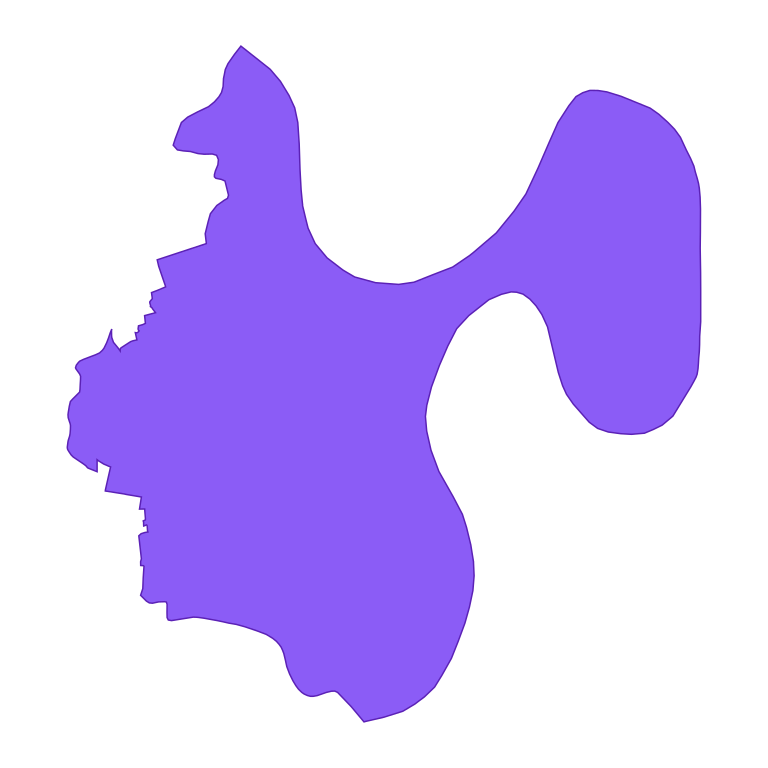 the district of Binh Thanh, Hồ Chí Minh city, Vietnam
{"feature_id": "81297802B74412015974526", "entity_name": "Binh Thanh", "entity_type": "district", "adm_level": 2, "iso_a3": "VNM", "parent_name": "Vietnam", "parent_adm1": "Hồ Chí Minh city", "projection": "equal_earth", "projection_center": [106.708, 10.812], "detail": "fine", "context": "isolated", "style": "filled", "palette": "violet", "viewbox_px": 768, "rotation_deg": 0, "n_neighbors": 0, "source": "geoboundaries", "source_scale": "gbopen_adm2", "svg_char_len": 4409}
<svg xmlns="http://www.w3.org/2000/svg" viewBox="0 0 768 768"><path d="M696.9,374.8L697.0,374.6L697.1,374.3L697.5,371.9L698.0,368.8L698.4,363.6L698.7,358.1L699.3,351.6L699.6,344.7L699.7,336.2L700.7,321.7L700.7,291.2L700.6,272.6L700.2,248.3L700.4,231.9L700.5,209.0L700.1,197.1L699.3,188.1L698.5,183.3L697.2,178.3L695.3,171.9L693.9,166.1L690.5,158.3L686.3,150.0L680.4,137.3L674.6,129.3L668.0,122.5L659.1,114.5L658.6,114.1L650.1,108.1L621.1,96.3L606.9,91.9L598.0,90.5L591.7,90.4L590.0,90.4L588.9,90.7L582.8,92.7L576.0,96.6L569.0,105.5L558.0,122.5L549.1,142.5L538.1,167.9L525.9,194.0L514.0,211.2L496.2,233.0L473.4,252.5L469.5,255.6L452.6,267.1L433.7,274.4L414.0,282.2L398.7,284.4L375.6,282.7L354.7,277.0L354.2,276.7L346.2,272.0L343.2,270.2L340.9,268.5L327.1,257.9L315.2,243.6L311.6,235.8L308.1,228.2L306.7,222.7L305.4,217.4L302.6,205.7L302.6,204.8L302.1,200.1L301.1,189.7L300.0,169.4L299.2,143.9L297.8,122.5L295.6,112.1L294.7,107.8L289.0,95.4L280.4,81.3L270.2,69.3L260.0,61.2L240.9,46.1L234.5,54.3L228.0,63.6L225.3,69.5L224.3,74.7L223.5,78.5L223.1,86.6L221.5,92.5L218.9,96.8L214.4,101.9L208.5,106.7L197.8,111.8L187.7,117.1L181.4,122.5L175.3,138.6L173.2,145.2L177.4,149.9L183.4,150.9L190.4,151.5L198.1,153.6L204.2,154.2L212.3,154.0L216.6,155.3L218.4,159.6L217.9,164.8L215.4,170.9L214.4,174.7L214.4,176.8L215.9,178.3L221.3,179.4L225.0,181.0L228.5,195.2L227.5,198.4L224.3,200.2L216.8,205.5L210.4,213.7L208.2,221.5L205.2,233.7L206.3,243.1L206.3,243.6L157.2,259.8L158.7,266.3L163.2,279.5L165.2,285.3L165.6,286.9L157.3,290.4L151.5,292.6L152.1,297.0L152.3,298.7L150.7,300.6L149.8,301.8L149.8,302.8L150.6,305.7L150.5,306.1L150.4,306.6L151.8,307.6L152.9,309.3L155.5,312.7L144.6,315.6L145.4,323.4L142.7,324.6L140.0,325.4L138.5,325.8L138.1,328.6L138.2,329.6L138.6,330.4L139.1,330.9L138.1,332.1L137.3,332.6L136.5,332.8L135.3,332.6L136.9,339.9L132.9,340.8L130.7,341.6L128.8,342.8L121.1,347.8L120.5,348.4L120.3,349.0L120.2,351.0L118.1,348.0L115.0,344.2L113.5,342.4L111.8,337.6L111.6,335.9L111.5,330.8L111.8,329.0L110.2,332.9L108.5,338.0L106.6,342.9L104.0,348.2L102.4,350.3L99.6,352.9L95.5,354.8L90.7,356.6L83.4,359.4L79.6,361.2L78.2,362.7L76.3,365.2L75.5,367.8L75.9,368.8L78.2,372.0L79.7,374.1L80.6,376.3L80.5,379.9L80.2,385.0L80.0,389.5L79.6,392.1L72.7,399.0L70.4,401.5L69.3,406.2L68.3,412.3L68.0,414.7L68.1,416.2L68.2,417.7L69.4,421.5L70.2,423.8L70.5,425.7L70.4,429.3L70.1,433.4L69.8,435.2L69.4,436.8L68.3,440.2L68.0,441.6L67.3,446.9L67.3,448.0L67.7,449.6L69.1,451.9L71.2,455.0L73.2,457.0L83.4,463.9L85.8,465.7L87.5,467.7L88.3,468.2L97.1,471.7L97.1,463.9L97.1,459.7L98.6,460.9L103.8,464.1L106.7,465.3L108.2,466.0L110.6,466.9L105.4,489.9L105.3,491.0L124.4,494.0L126.0,494.4L141.4,497.0L139.5,509.1L144.7,509.0L144.8,510.9L145.4,518.3L145.4,519.5L145.2,520.0L143.2,520.9L143.6,522.4L143.6,524.4L143.7,526.0L144.4,525.8L145.6,525.3L146.4,524.9L147.0,525.3L147.2,526.2L147.4,528.9L147.5,530.5L147.9,532.0L144.8,532.5L141.1,533.7L138.8,535.8L141.4,558.8L140.6,561.7L140.7,565.5L143.5,565.7L144.0,566.3L143.6,571.9L143.2,578.1L142.8,588.6L140.6,595.3L146.4,601.1L149.3,602.9L152.5,603.2L158.6,601.9L164.9,601.7L166.4,602.1L167.1,604.4L167.0,612.4L167.1,617.6L168.3,620.0L171.5,620.6L180.8,619.1L193.4,617.1L195.2,617.2L196.0,617.2L198.3,617.4L204.0,618.2L217.3,620.6L220.6,621.3L222.6,621.7L228.7,623.1L236.3,624.4L245.0,626.8L257.1,630.9L266.3,634.4L272.7,638.3L276.4,641.3L276.6,641.5L277.9,643.0L279.0,644.2L281.1,647.1L282.5,650.1L283.8,653.5L285.3,659.7L286.8,666.6L289.6,674.0L293.0,680.9L295.9,685.7L298.5,689.2L301.8,692.4L304.1,694.0L307.4,695.5L310.4,696.3L313.3,696.3L317.2,695.6L326.4,692.4L331.5,691.2L334.8,691.1L337.6,692.4L351.2,706.6L364.0,721.9L365.7,721.4L383.9,717.2L402.9,711.2L415.1,703.9L418.2,701.5L424.4,696.9L434.6,687.1L441.9,675.3L451.4,658.4L458.2,641.3L464.9,623.2L469.4,607.2L472.9,590.6L474.1,575.8L473.5,562.6L473.5,561.8L471.8,551.3L470.8,544.9L466.5,527.3L462.4,514.3L453.1,496.6L438.9,471.5L431.0,450.2L426.7,431.1L425.4,416.2L425.5,415.8L426.8,405.3L431.5,386.9L439.4,365.4L447.8,346.0L456.7,328.7L468.8,315.6L488.9,299.7L501.4,294.3L511.1,291.9L516.6,292.2L523.0,294.1L529.9,299.1L536.1,305.9L541.9,314.6L547.5,326.8L558.3,372.4L562.6,385.7L566.5,394.3L573.3,404.1L589.2,422.2L597.6,428.4L608.2,432.0L620.8,433.7L631.5,434.3L644.5,433.2L653.5,429.4L662.2,425.1L666.5,421.5L672.9,416.1L690.9,386.7L693.9,381.3L696.1,377.1L696.9,374.8Z" fill="#8b5cf6" stroke="#5b21b6" stroke-width="1.5"/></svg>